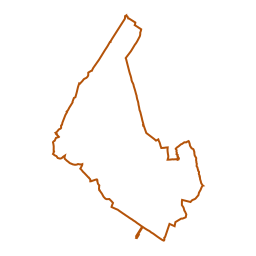 Ghindaoani, Neamt, Romania (Mercator projection)
{"feature_id": "2599482B15248665891771", "entity_name": "Ghindaoani", "entity_type": "district", "adm_level": 2, "iso_a3": "ROU", "parent_name": "Romania", "parent_adm1": "Neamt", "projection": "mercator", "projection_center": [26.355, 47.112], "detail": "fine", "context": "isolated", "style": "outline", "palette": "amber", "viewbox_px": 256, "rotation_deg": 0, "n_neighbors": 0, "source": "geoboundaries", "source_scale": "gbopen_adm2", "svg_char_len": 5630}
<svg xmlns="http://www.w3.org/2000/svg" viewBox="0 0 256 256"><path d="M200.6,189.8L201.6,187.3L202.3,186.1L202.5,185.7L203.0,185.6L202.4,185.1L202.0,184.4L201.3,183.4L200.6,180.7L200.2,179.6L200.0,178.2L199.9,177.0L199.7,176.9L199.5,176.7L199.7,176.1L199.5,175.4L199.0,174.5L198.8,173.5L198.9,173.2L199.0,172.8L199.0,172.2L199.0,171.9L198.8,171.6L198.5,171.2L198.1,170.7L198.2,170.1L197.9,169.6L197.4,167.3L197.0,166.8L196.6,166.1L196.8,163.7L196.4,162.7L196.4,161.8L196.1,160.3L196.1,160.1L196.1,159.5L196.2,159.0L196.2,158.0L196.1,157.8L195.5,156.9L195.3,156.4L195.0,156.0L194.8,155.7L194.7,155.5L194.5,154.3L194.3,152.9L194.3,152.5L194.4,152.2L193.5,149.4L193.2,149.1L192.5,148.7L191.6,148.3L190.7,146.9L190.5,146.6L190.0,145.7L189.9,145.2L189.8,144.6L189.8,144.3L189.6,143.6L189.5,143.2L189.2,142.8L189.2,142.6L189.2,142.3L188.9,141.5L188.6,141.1L188.4,141.2L187.8,141.4L186.7,142.0L186.1,142.4L185.4,142.3L184.6,142.4L184.3,142.3L184.0,142.5L182.1,143.9L181.0,144.3L178.5,146.4L176.9,147.5L176.3,148.1L175.7,148.8L175.8,149.1L176.2,149.3L176.6,150.3L176.5,151.0L176.4,151.7L176.9,152.9L176.7,153.7L176.6,153.8L176.5,154.0L177.0,154.3L177.3,154.7L177.5,154.9L177.7,155.0L177.6,155.4L177.3,155.6L177.3,155.8L177.7,156.1L178.0,156.5L178.1,157.0L177.7,157.1L177.7,157.5L178.0,157.9L178.6,157.9L178.9,158.2L178.9,158.6L178.6,159.3L178.5,159.5L177.5,159.8L177.4,159.4L177.1,159.1L175.2,159.3L173.3,159.4L172.6,159.3L170.0,159.6L167.6,159.7L168.2,157.5L168.3,156.5L168.3,156.0L167.9,153.7L167.6,151.4L167.5,149.9L167.6,148.5L167.7,147.4L165.4,147.6L164.4,147.8L161.3,148.0L161.1,147.3L160.5,145.8L160.3,144.9L159.7,142.8L159.4,142.0L158.9,141.2L158.3,139.4L156.0,140.6L154.3,139.1L146.3,133.0L143.6,125.3L143.2,125.5L143.0,124.6L143.4,124.2L142.2,119.9L141.8,118.0L141.4,116.4L140.6,113.2L140.5,112.7L140.2,111.7L139.9,110.9L139.8,110.7L139.5,109.9L139.1,107.3L138.5,104.7L138.3,103.1L138.0,101.6L137.3,99.5L137.0,98.2L136.9,97.8L136.8,97.2L136.7,96.7L136.6,96.3L136.6,95.7L136.3,94.9L135.9,93.5L135.0,90.1L133.8,86.3L133.4,84.4L132.8,83.1L132.7,82.8L132.3,82.2L131.9,81.2L131.6,80.4L131.2,78.0L130.4,75.1L130.2,74.7L129.4,72.0L128.2,67.3L126.0,58.7L125.7,58.1L131.0,51.1L135.0,44.5L135.6,43.8L136.6,42.3L136.8,41.9L137.4,40.9L138.6,38.6L139.1,37.6L139.4,37.1L139.6,36.7L139.8,36.2L140.0,35.7L140.2,34.4L140.3,33.9L140.2,33.1L140.2,32.7L140.4,32.2L140.9,30.7L141.2,29.3L134.7,25.1L135.1,24.3L135.2,23.7L135.2,23.4L135.1,23.1L135.3,22.5L128.8,18.4L128.3,18.5L128.0,17.9L127.6,17.4L127.6,16.7L127.3,16.3L126.9,16.2L126.6,16.2L126.3,16.1L126.2,15.8L126.2,15.4L125.1,16.1L124.9,18.7L112.0,38.9L110.7,41.1L110.6,42.0L110.3,42.1L109.9,42.0L108.9,43.8L107.4,46.4L104.9,50.2L99.1,59.6L93.4,67.7L93.0,68.4L91.8,70.8L91.3,70.8L88.4,72.5L88.2,72.8L88.3,73.7L88.2,75.4L88.0,75.9L87.7,76.4L87.3,77.0L86.3,77.9L85.0,78.5L83.8,79.2L82.5,80.9L79.8,83.8L79.2,83.4L78.0,87.0L76.7,92.5L75.4,97.2L73.9,98.0L72.5,101.8L72.6,102.4L69.2,107.8L68.1,110.0L66.7,111.6L67.1,112.0L65.4,115.0L62.4,122.7L62.0,124.7L61.1,125.5L61.1,127.9L60.8,128.4L60.2,128.8L58.9,129.4L58.3,130.1L57.1,131.6L56.6,132.1L55.5,132.8L56.7,133.9L56.3,134.2L58.3,136.2L58.9,136.9L58.7,137.1L57.8,137.3L57.3,137.5L56.6,137.7L56.0,137.9L55.8,138.3L55.6,138.7L55.3,139.4L55.0,140.1L54.7,140.7L54.2,141.0L53.7,141.3L53.2,141.9L53.0,142.2L53.0,142.6L53.2,143.1L53.4,144.1L53.5,144.9L53.6,145.6L53.7,146.0L53.7,147.0L53.7,147.4L53.7,148.8L53.6,149.2L53.7,149.7L53.7,150.2L53.7,150.6L53.7,151.3L54.0,151.1L54.1,151.3L54.0,151.5L53.9,151.9L53.6,152.7L53.0,154.0L53.6,154.4L53.7,154.5L54.1,154.9L54.7,155.3L55.7,155.8L56.2,156.0L56.6,156.3L56.8,156.6L57.3,157.4L57.6,157.8L57.8,158.0L58.1,158.1L60.1,158.6L61.3,158.3L61.6,158.1L62.0,157.9L63.0,156.9L63.4,156.6L64.3,156.0L64.9,155.6L64.8,156.0L64.5,157.2L64.6,158.1L64.8,158.8L65.8,159.7L66.6,160.5L67.6,161.3L68.6,162.0L69.0,162.4L69.4,162.8L70.4,163.4L71.1,163.6L72.9,164.4L74.0,164.6L75.0,164.8L76.7,164.6L77.3,164.4L77.7,164.1L78.0,164.1L78.6,164.1L79.7,164.4L80.1,164.4L80.9,164.4L82.1,164.3L82.3,164.2L82.3,164.7L81.7,166.1L80.3,168.7L81.1,169.4L83.1,171.9L84.2,172.9L87.5,176.4L88.3,177.3L88.6,177.5L88.9,177.6L89.0,178.0L89.3,178.4L89.7,178.7L90.1,179.2L90.3,179.5L90.3,181.3L90.9,181.3L95.5,179.7L96.1,179.6L96.8,179.4L97.3,180.0L97.4,180.4L97.2,181.0L97.3,181.4L97.5,181.7L97.6,182.2L97.8,183.2L97.9,183.6L98.2,184.1L99.0,185.1L99.3,185.4L99.3,185.6L99.2,186.0L99.1,186.7L99.1,187.3L99.1,187.7L99.0,188.3L99.0,188.9L99.1,189.4L99.4,189.8L99.6,190.1L99.4,190.3L100.2,191.3L101.0,192.4L102.0,193.8L102.3,194.4L102.5,194.7L102.8,195.4L103.7,196.9L104.6,197.8L105.1,198.4L105.7,198.8L106.4,199.1L108.6,199.1L109.0,199.0L109.3,199.0L110.2,199.9L111.3,201.0L113.0,202.9L112.9,203.2L112.8,203.5L112.3,204.6L111.6,206.5L111.5,206.9L111.5,207.0L116.0,209.0L117.2,209.5L117.9,209.8L118.9,210.6L123.8,214.0L124.5,214.4L125.1,214.9L127.7,216.6L129.7,218.0L132.6,219.8L133.0,220.2L134.1,220.9L135.1,221.5L137.3,223.2L139.1,224.4L141.4,226.1L142.2,226.6L136.2,236.1L136.7,236.5L136.1,237.9L136.8,238.1L137.5,237.0L138.8,234.8L138.0,234.4L139.1,232.8L139.5,232.1L142.7,226.9L145.2,228.6L147.8,230.2L148.7,230.6L150.1,231.5L151.0,232.3L153.2,233.6L157.3,236.6L160.2,238.6L162.2,239.9L163.2,240.4L163.8,240.6L164.2,240.2L164.3,239.7L164.4,239.0L164.3,238.4L164.4,238.1L164.3,237.7L165.1,237.0L169.5,223.9L174.6,226.2L175.4,222.1L181.2,218.6L182.6,218.6L185.7,217.3L186.3,214.4L185.0,211.5L184.3,210.6L184.1,209.5L183.6,207.8L183.4,207.3L182.7,206.3L181.9,205.1L181.9,201.4L182.1,199.9L190.5,202.0L191.9,200.4L193.2,199.7L194.5,199.2L195.5,198.6L196.5,197.4L198.4,195.2L199.0,192.6L200.6,189.8Z" fill="none" stroke="#b45309" stroke-width="2"/></svg>